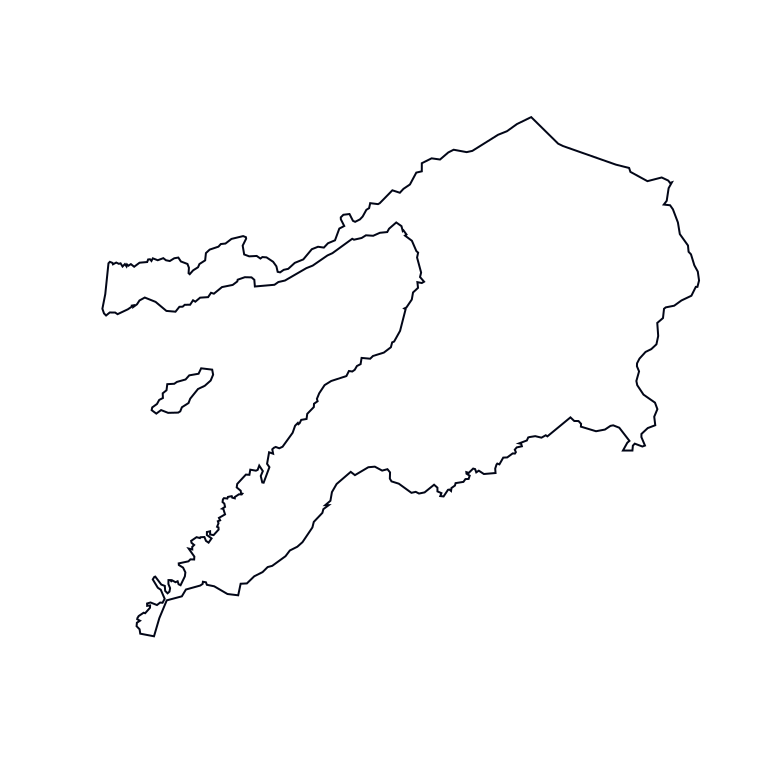 the district of Tanggamus, Lampung, Indonesia, rotated 100°
{"feature_id": "22746128B69666188283297", "entity_name": "Tanggamus", "entity_type": "district", "adm_level": 2, "iso_a3": "IDN", "parent_name": "Indonesia", "parent_adm1": "Lampung", "projection": "orthographic", "projection_center": [104.708, -5.522], "detail": "fine", "context": "isolated", "style": "outline", "palette": "ink", "viewbox_px": 768, "rotation_deg": 100, "n_neighbors": 0, "source": "geoboundaries", "source_scale": "gbopen_adm2", "svg_char_len": 6159}
<svg xmlns="http://www.w3.org/2000/svg" viewBox="0 0 768 768"><g transform="rotate(100 384 384)"><path d="M95.6,285.4L104.9,298.2L113.7,306.8L118.8,315.0L139.1,337.5L141.3,342.9L141.2,356.1L144.8,360.9L153.2,367.8L153.5,376.3L160.0,385.1L168.0,383.7L170.2,388.9L183.0,393.1L188.4,398.7L192.9,401.6L191.8,409.4L206.7,419.6L207.9,421.1L208.3,429.0L213.4,429.2L215.5,431.6L222.8,434.1L226.1,436.3L229.3,440.6L228.7,442.9L222.6,447.5L224.4,453.4L227.4,455.5L229.3,455.1L235.3,450.6L238.7,455.0L251.0,457.2L255.1,463.6L260.1,466.9L260.3,472.8L263.8,478.5L275.3,485.1L280.2,492.9L287.2,498.3L289.0,502.6L292.1,505.7L292.0,508.2L286.8,510.4L282.9,514.4L279.7,521.7L280.1,525.8L281.9,527.5L280.0,531.6L281.7,538.9L280.7,544.2L272.3,547.2L264.8,545.0L263.4,545.5L262.8,548.4L267.6,559.4L273.2,564.5L274.5,569.0L277.5,570.9L281.9,579.0L286.0,582.1L293.3,581.6L297.9,586.6L301.3,587.4L305.2,591.7L309.6,594.4L308.8,595.7L303.4,596.3L299.9,598.4L298.6,605.3L295.2,608.5L296.6,612.4L300.1,616.3L300.0,620.2L298.4,623.2L301.4,628.3L300.4,633.5L303.2,634.4L301.8,636.1L302.3,637.9L305.0,638.4L307.0,645.8L311.9,650.4L309.9,654.1L311.9,656.3L310.9,657.8L312.9,658.0L310.9,660.0L313.7,661.9L310.9,664.4L311.7,666.0L310.9,668.8L313.2,671.7L311.9,672.4L311.3,675.2L313.0,676.3L343.9,674.1L358.8,674.4L363.1,672.0L364.8,669.6L361.2,666.5L360.3,661.2L361.5,658.5L354.9,649.2L351.5,645.7L350.6,646.0L349.9,644.1L351.5,644.1L348.4,641.1L344.2,639.3L340.4,634.6L342.8,623.2L349.8,611.0L349.0,601.9L343.5,598.9L342.8,595.7L340.6,594.0L339.6,588.7L334.7,586.6L335.7,584.1L330.9,580.1L329.0,572.3L324.2,570.2L324.6,567.2L316.7,560.4L312.7,550.2L308.5,546.3L306.7,546.2L303.0,539.6L302.0,533.0L303.9,529.8L310.4,528.1L305.3,509.1L301.9,505.7L299.3,499.5L283.4,480.6L279.8,474.8L267.2,462.0L264.1,457.5L246.5,440.5L247.1,438.6L244.1,431.4L240.7,427.6L239.9,420.4L235.8,414.3L233.8,407.2L230.2,406.0L222.8,400.0L225.5,394.2L230.1,392.1L229.3,391.5L232.9,387.8L234.2,389.1L238.1,381.4L247.5,375.2L248.7,373.2L253.7,373.4L267.8,366.8L272.4,367.1L276.3,362.3L278.0,364.3L277.9,368.8L283.4,367.2L288.8,371.3L296.0,371.3L304.7,375.2L306.1,377.1L306.6,375.7L328.9,377.4L340.4,381.4L341.6,383.2L346.6,383.6L353.1,389.6L358.3,399.7L361.5,402.0L362.2,410.6L368.5,410.5L371.0,413.8L375.1,415.3L377.2,417.4L377.3,420.8L382.7,422.4L390.2,436.5L395.4,442.3L404.4,446.2L410.3,447.5L412.5,446.4L415.6,449.5L418.9,449.1L426.7,454.4L431.9,454.2L433.7,459.3L437.3,460.3L438.4,461.3L437.3,462.1L440.5,464.3L447.9,465.5L463.4,473.0L465.5,476.0L464.8,479.7L465.9,481.3L467.7,482.7L471.9,481.1L471.2,485.3L482.9,485.3L485.8,482.4L502.1,485.4L502.1,486.8L496.0,489.4L490.8,488.2L486.0,492.7L490.5,493.5L491.6,495.1L491.6,500.8L496.8,500.8L497.2,504.3L507.9,511.2L511.4,511.1L514.0,506.6L516.5,505.8L516.6,504.5L517.5,505.0L517.8,507.7L521.2,511.3L522.5,511.1L522.3,513.7L520.9,514.5L522.3,518.1L524.0,518.4L524.2,521.8L525.6,522.6L528.3,522.5L529.5,520.5L532.6,519.2L534.9,521.7L535.0,520.5L540.0,517.9L544.5,523.3L546.7,521.7L548.0,523.8L549.9,522.8L553.6,523.6L554.0,522.1L556.1,521.6L562.4,525.6L562.4,529.1L559.2,529.7L560.5,532.7L563.5,532.2L566.0,527.0L570.7,529.2L569.4,532.1L565.9,534.3L566.8,538.2L567.7,538.5L567.4,542.0L572.0,546.7L573.8,546.0L575.5,543.0L577.7,544.6L580.2,544.1L580.0,547.8L586.9,540.8L589.8,540.5L590.3,544.2L592.6,545.8L596.3,555.0L597.9,554.6L599.7,550.0L604.0,546.9L608.0,546.7L617.5,549.4L616.9,551.5L614.1,553.0L615.4,554.9L614.0,559.0L614.5,559.7L615.8,558.5L614.2,560.4L614.5,562.2L618.4,561.6L622.2,559.2L625.7,559.2L627.7,560.8L625.7,563.6L620.9,564.8L620.2,568.5L613.4,575.8L613.9,576.7L616.6,577.8L623.9,571.4L625.4,568.1L633.6,562.7L637.9,564.1L638.1,566.5L641.1,569.2L639.7,576.0L641.3,579.2L643.6,578.7L642.7,575.9L645.0,575.6L651.2,579.4L651.0,581.0L655.1,585.3L657.4,586.2L658.5,586.2L659.5,583.2L662.0,585.9L665.5,585.6L668.0,582.1L672.2,580.7L672.4,566.7L653.6,564.6L634.8,560.4L628.2,546.2L620.8,543.4L614.4,530.0L612.4,527.9L610.2,528.0L610.2,524.9L612.5,523.6L612.7,516.1L618.0,501.7L617.4,490.9L605.6,490.5L604.2,484.4L595.9,478.4L590.3,470.9L584.5,466.8L582.5,462.5L570.7,451.1L564.3,447.8L559.3,441.1L553.9,436.8L537.7,429.6L532.0,429.2L521.6,422.3L517.8,422.0L512.9,417.4L513.5,420.8L508.3,416.5L499.5,416.5L490.7,413.3L476.3,401.5L478.8,396.8L468.7,385.0L467.0,378.7L469.6,370.8L467.3,365.8L470.0,362.7L476.2,361.8L478.6,359.7L479.6,352.1L486.4,338.1L484.7,334.0L485.8,330.5L483.7,325.2L474.5,317.2L476.8,313.4L480.5,312.7L481.5,308.5L484.6,309.1L484.4,305.8L477.1,302.6L476.6,301.3L477.7,299.4L474.7,299.5L471.7,296.5L469.2,296.3L466.6,288.8L463.5,287.3L462.8,284.2L459.4,283.7L458.0,287.2L456.5,287.6L456.8,285.1L451.8,281.5L452.0,279.5L455.0,277.8L452.9,275.6L455.3,270.0L452.3,258.7L448.0,259.8L443.8,259.2L442.7,258.6L443.1,256.4L435.8,253.8L434.9,249.9L430.0,245.2L429.8,243.0L428.2,242.3L426.0,243.8L423.4,242.3L421.4,237.4L419.1,238.5L419.0,240.6L414.8,233.5L411.6,232.7L411.0,231.5L409.1,226.0L409.5,219.6L406.4,215.8L407.2,214.0L384.5,194.6L387.4,190.2L386.7,186.0L389.0,183.0L391.8,182.7L393.7,167.0L390.5,158.5L385.9,153.7L384.9,151.1L386.2,144.7L397.4,132.4L399.6,134.2L408.0,137.1L406.4,127.8L401.5,128.2L399.2,126.7L400.7,118.7L399.3,116.3L391.6,121.3L388.5,121.8L381.6,116.6L377.5,109.7L369.3,112.2L361.3,110.4L355.3,113.9L349.4,126.6L341.2,134.4L337.2,136.0L327.3,135.0L322.6,138.0L319.7,138.4L314.6,136.8L307.0,132.0L303.2,126.8L297.6,122.6L289.1,122.3L276.4,125.5L270.6,120.7L261.3,121.3L259.6,119.8L256.5,111.8L250.1,105.6L243.7,96.6L234.2,93.8L233.9,92.2L227.4,91.7L218.8,94.5L213.2,99.0L203.0,104.2L200.9,107.0L194.8,108.7L185.0,118.7L173.9,122.6L161.8,129.8L158.3,133.3L158.7,139.6L154.5,137.4L141.7,137.7L135.4,135.5L136.3,137.2L134.3,139.4L132.4,146.4L138.5,159.8L132.3,178.2L128.7,180.1L127.7,193.7L118.6,248.9L117.1,254.2L95.6,285.4ZM436.7,573.2L432.1,572.3L421.2,566.3L416.9,560.2L410.7,555.3L404.5,553.9L399.7,555.7L400.3,566.8L406.1,568.4L409.3,577.3L414.0,580.2L417.9,588.3L420.2,590.6L421.8,597.4L427.9,597.1L431.6,600.3L436.2,599.3L438.7,602.6L443.1,604.1L447.3,608.2L450.1,608.3L452.7,603.1L448.4,599.0L449.9,591.6L447.9,581.7L446.3,579.9L442.0,579.0L436.7,573.2Z" fill="none" stroke="#020617" stroke-width="2"/></g></svg>